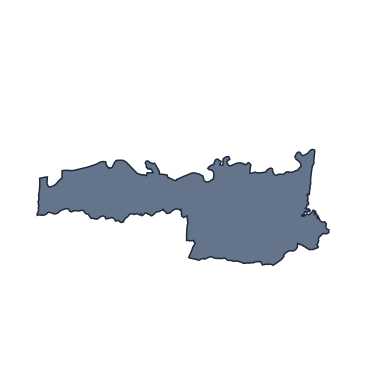 Plopsoru, Gorj, Romania, rotated 120°
{"feature_id": "2599482B91527362619045", "entity_name": "Plopsoru", "entity_type": "district", "adm_level": 2, "iso_a3": "ROU", "parent_name": "Romania", "parent_adm1": "Gorj", "projection": "robinson", "projection_center": [23.376, 44.754], "detail": "fine", "context": "isolated", "style": "filled", "palette": "slate", "viewbox_px": 384, "rotation_deg": 120, "n_neighbors": 0, "source": "geoboundaries", "source_scale": "gbopen_adm2", "svg_char_len": 6016}
<svg xmlns="http://www.w3.org/2000/svg" viewBox="0 0 384 384"><g transform="rotate(120 192 192)"><path d="M256.3,330.8L260.1,328.4L267.4,324.7L271.1,323.4L274.1,321.4L276.0,320.6L277.6,320.4L279.0,318.9L279.9,318.7L280.6,317.7L282.3,317.3L284.6,315.7L287.1,315.2L288.1,315.3L289.6,314.3L288.0,312.7L287.6,311.2L286.0,308.5L284.2,307.2L282.0,306.6L281.0,305.6L280.4,303.4L279.9,300.2L278.7,298.8L276.8,297.4L274.8,296.9L272.8,295.8L269.8,293.1L268.7,291.5L268.5,290.6L269.8,288.3L269.6,286.6L267.0,284.5L265.9,282.7L265.2,280.7L263.4,278.8L262.2,277.1L263.8,273.9L263.6,271.9L263.2,270.9L263.3,270.2L264.7,267.8L265.3,266.1L264.0,264.2L264.1,263.5L263.6,261.9L262.7,260.4L258.7,258.6L257.3,257.2L256.9,255.6L257.0,254.8L258.4,253.2L257.7,252.3L256.7,251.4L256.0,250.2L254.1,248.8L254.0,247.2L254.4,245.1L255.5,243.9L255.2,243.4L254.4,242.9L253.5,241.4L254.0,239.0L253.8,238.0L252.5,237.0L252.2,236.4L251.2,236.9L247.1,236.3L246.2,235.5L242.5,234.9L241.3,234.0L240.9,233.3L240.4,230.9L238.2,228.8L238.0,225.7L236.6,225.2L236.9,224.6L237.6,224.0L237.1,223.1L233.6,222.0L233.1,220.4L233.1,218.6L232.8,217.6L233.1,215.9L232.9,215.3L232.0,214.5L227.1,212.9L225.9,211.2L223.3,209.4L222.7,208.7L221.4,208.4L222.0,207.6L222.1,207.0L222.3,206.9L222.1,206.1L223.3,203.3L221.3,200.7L217.9,199.6L215.1,197.9L213.8,195.6L213.6,193.4L212.7,193.0L213.7,192.5L214.2,191.6L215.3,190.7L217.0,189.8L217.0,189.4L218.1,188.6L218.3,186.5L215.1,184.3L217.5,182.8L217.9,182.1L219.0,181.7L220.9,180.0L223.6,179.3L228.1,177.2L233.6,174.3L236.7,172.4L235.7,171.2L235.5,169.5L233.0,166.1L234.1,165.5L234.4,164.9L234.3,164.3L234.5,164.1L235.5,163.5L238.9,163.7L243.4,162.9L250.4,162.1L250.4,161.3L248.8,156.4L248.7,155.5L248.1,154.9L248.1,153.6L247.7,151.9L244.8,150.1L243.6,148.4L244.0,148.0L242.8,146.6L239.5,144.4L238.8,143.6L238.0,140.4L237.8,138.7L236.2,135.6L235.7,135.2L235.8,134.7L234.7,133.0L234.7,132.6L232.8,130.9L233.2,127.7L233.0,126.1L231.9,124.4L231.4,122.0L230.5,120.2L229.2,118.5L228.8,116.4L228.2,114.6L228.0,111.7L227.1,110.2L225.7,108.6L224.9,106.6L223.9,105.9L222.7,103.5L221.1,102.5L218.4,98.7L218.5,98.5L218.2,98.3L218.2,97.0L219.3,95.8L220.0,94.6L218.6,92.9L217.7,92.2L217.2,91.3L217.2,90.8L215.9,89.1L214.8,86.5L214.9,85.1L206.3,81.0L202.2,80.1L200.7,81.0L198.5,80.7L194.9,78.9L194.0,77.9L192.2,74.5L190.2,73.5L188.8,73.2L187.2,73.3L183.6,74.8L183.5,74.0L183.7,73.1L183.3,71.5L182.9,71.1L182.8,69.7L183.2,69.2L183.2,68.4L182.8,67.5L183.2,66.1L183.1,65.5L183.3,63.8L183.0,63.1L183.3,61.7L181.2,58.3L177.1,55.1L176.4,55.3L176.3,55.8L175.4,56.6L175.3,57.2L174.8,57.5L173.3,57.4L172.0,57.6L171.5,58.0L170.7,58.0L170.0,58.8L168.2,59.4L162.2,57.8L162.0,56.4L160.8,54.5L158.7,53.2L157.0,54.4L156.3,54.5L156.7,55.7L156.3,57.3L155.7,58.5L155.9,58.5L152.3,59.8L151.5,62.1L151.6,62.5L152.2,62.9L153.0,64.6L153.0,65.6L152.5,67.1L151.8,68.2L151.1,68.7L152.1,70.3L151.5,70.7L151.4,71.0L151.1,70.6L150.8,70.7L150.3,70.3L149.9,70.5L149.4,72.5L148.8,73.0L149.0,73.9L149.6,74.3L148.9,74.3L149.2,74.7L149.0,75.6L148.8,75.8L148.1,75.0L147.7,74.8L147.2,75.1L146.9,75.9L147.1,76.6L147.0,77.5L147.7,77.6L147.8,78.1L148.5,77.8L152.8,79.0L154.1,81.8L155.0,82.3L157.0,83.0L157.9,84.7L157.7,85.2L157.3,85.5L156.8,84.7L156.3,84.6L155.9,83.9L155.4,83.7L154.5,84.4L152.2,84.2L152.5,83.7L152.3,83.2L152.3,82.1L150.5,81.8L150.3,81.6L150.3,80.4L149.0,80.4L149.0,80.8L149.5,81.1L149.4,81.7L149.1,82.1L148.4,81.9L148.4,82.5L148.6,82.7L148.5,83.0L149.5,83.9L149.4,85.7L148.4,85.1L145.8,85.9L145.3,85.6L144.9,85.0L143.4,85.4L142.7,85.9L142.3,87.7L141.7,87.9L140.8,87.6L139.5,88.6L137.9,89.4L137.6,89.8L137.0,90.1L137.4,90.6L137.0,90.9L136.4,91.0L135.8,90.8L135.6,89.3L135.2,89.3L131.9,90.9L128.9,91.9L128.2,92.9L127.1,92.8L125.1,93.6L121.2,95.9L112.4,99.6L109.4,100.7L106.1,100.7L104.2,102.1L95.0,106.2L94.4,106.8L94.6,108.1L95.1,109.2L96.1,110.1L98.2,110.7L100.2,110.9L104.0,113.1L105.0,114.3L105.1,114.9L104.7,116.6L103.9,117.9L103.8,118.9L104.5,120.1L105.7,120.6L109.3,120.7L110.4,120.2L111.6,118.1L111.9,115.0L112.6,113.0L113.2,112.1L115.0,110.4L116.7,110.9L120.3,111.4L121.3,112.5L124.2,114.5L126.5,117.9L126.3,118.6L127.3,120.1L128.2,120.7L129.6,121.0L131.4,122.3L132.7,125.2L134.2,126.6L135.2,126.9L135.7,128.5L135.3,130.5L133.7,132.5L131.8,133.9L131.7,134.7L131.9,135.6L132.3,136.3L133.9,137.3L135.2,137.7L135.9,138.2L137.3,137.9L137.8,138.1L140.1,140.9L142.7,144.7L143.3,147.3L146.3,150.1L146.8,151.3L144.4,152.6L139.0,154.6L138.2,157.3L138.6,158.0L141.0,158.8L141.7,159.6L141.7,161.1L142.3,164.0L144.2,167.2L149.9,171.6L150.8,173.0L149.6,175.8L148.6,177.0L147.4,176.6L145.7,176.5L145.4,175.8L145.0,175.6L144.7,175.7L143.2,177.5L143.1,178.4L144.0,179.2L144.4,180.0L147.2,181.5L148.8,181.2L151.9,179.3L153.5,178.8L154.2,180.0L154.5,181.6L151.0,182.0L150.9,183.0L151.1,183.7L150.6,186.0L150.9,186.6L151.8,187.5L152.9,187.7L155.7,187.4L157.3,186.9L159.6,189.0L162.5,190.1L163.7,190.1L164.0,188.3L163.2,185.9L163.8,183.7L164.6,182.7L167.3,180.9L170.5,180.2L172.4,181.5L173.7,181.7L175.6,183.8L176.3,184.9L176.1,186.9L175.4,188.0L172.7,190.5L172.9,194.8L174.3,199.7L175.6,201.5L183.0,207.3L187.3,210.4L188.8,211.1L188.6,211.4L190.6,212.0L191.3,220.0L191.5,220.4L189.7,221.9L190.5,224.2L192.8,229.4L191.4,230.0L190.4,230.8L185.9,238.5L186.0,239.1L187.2,240.6L187.5,243.4L187.1,245.0L187.4,246.2L187.8,246.7L189.0,247.2L190.3,246.9L191.6,245.0L192.7,244.4L193.0,243.7L193.5,243.7L193.6,242.2L194.0,242.1L194.0,241.5L193.3,240.1L192.7,239.8L192.8,238.8L193.0,238.1L194.7,235.5L195.9,236.9L197.7,240.5L200.6,239.6L200.8,241.4L201.6,243.1L202.1,243.7L203.1,247.4L203.2,249.2L198.9,264.4L199.1,267.5L199.5,268.6L201.9,272.6L202.9,273.5L205.5,273.9L210.2,273.4L212.1,274.4L212.1,275.6L213.1,276.2L212.2,277.7L211.6,279.5L210.2,281.0L209.0,281.7L210.2,284.5L212.6,286.9L215.7,288.7L222.1,294.3L232.4,305.1L234.0,307.5L236.0,311.7L238.4,315.1L244.0,312.1L244.2,311.6L245.0,311.7L248.5,312.9L253.7,313.9L256.4,315.4L259.0,317.8L259.0,318.4L258.4,320.3L257.2,321.8L251.3,324.8L252.9,327.0L256.3,330.8Z" fill="#64748b" stroke="#1e293b" stroke-width="1.5"/></g></svg>